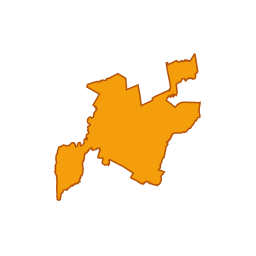 outline of Kota Tebing Tinggi, Sumatera Utara, Indonesia, rotated 30°
{"feature_id": "22746128B29639616204280", "entity_name": "Kota Tebing Tinggi", "entity_type": "district", "adm_level": 2, "iso_a3": "IDN", "parent_name": "Indonesia", "parent_adm1": "Sumatera Utara", "projection": "equal_earth", "projection_center": [99.154, 3.328], "detail": "fine", "context": "isolated", "style": "filled", "palette": "amber", "viewbox_px": 256, "rotation_deg": 30, "n_neighbors": 0, "source": "geoboundaries", "source_scale": "gbopen_adm2", "svg_char_len": 5851}
<svg xmlns="http://www.w3.org/2000/svg" viewBox="0 0 256 256"><g transform="rotate(30 128 128)"><path d="M160.2,44.3L149.2,30.7L148.5,30.8L148.4,37.5L148.3,38.7L148.1,39.2L147.6,39.4L147.1,39.1L146.6,39.5L146.4,40.0L145.6,40.5L145.1,39.9L144.9,40.3L144.3,40.0L143.6,40.6L143.7,41.3L143.1,41.2L143.2,41.7L142.9,42.3L142.7,42.3L142.5,42.8L142.1,42.7L141.8,43.0L140.9,42.8L140.4,43.5L140.5,44.1L140.3,44.5L139.3,44.7L138.8,45.6L138.1,45.4L137.6,45.8L136.7,45.9L136.1,45.4L133.9,49.1L130.8,53.2L129.6,51.6L128.6,52.6L134.4,59.7L139.0,64.8L142.1,68.4L143.4,70.3L143.7,70.3L144.8,72.0L144.6,73.8L145.5,74.7L145.2,75.4L144.8,75.5L144.3,75.1L143.4,76.5L135.8,87.1L134.1,90.0L135.4,91.7L128.3,102.0L122.1,93.9L115.1,85.7L107.7,95.5L101.2,86.1L91.9,86.0L91.4,87.1L87.0,93.8L87.0,94.0L85.9,95.1L84.8,95.9L85.3,96.7L85.4,97.0L83.8,98.7L82.8,98.8L81.6,99.8L81.6,100.2L80.9,100.2L80.8,100.9L80.6,101.0L80.3,102.5L79.5,102.3L79.1,102.7L78.6,102.7L74.9,106.3L71.2,110.6L71.9,113.0L86.3,112.9L86.3,125.5L87.4,125.5L87.5,125.9L88.7,126.2L90.1,125.6L90.2,125.8L89.9,126.1L89.9,126.8L90.2,127.0L90.9,126.9L91.1,127.0L90.9,127.2L90.9,127.5L91.9,128.3L91.5,129.0L91.4,129.8L91.2,130.2L91.3,130.7L91.0,131.4L91.6,133.6L92.5,135.3L91.9,137.4L90.0,137.2L89.2,138.0L88.8,139.1L88.8,141.0L89.7,142.6L90.7,143.6L92.1,143.9L93.2,143.6L93.7,143.9L93.8,144.2L93.7,144.8L92.5,146.7L92.8,147.6L93.5,148.1L94.0,148.9L94.1,150.2L94.6,150.6L95.8,150.9L96.4,151.9L96.3,152.8L95.7,153.6L95.5,154.5L95.6,155.4L96.1,156.4L97.4,157.0L98.4,157.9L98.5,158.5L98.2,158.7L97.4,158.6L97.3,158.2L96.8,158.0L96.4,158.2L95.9,159.6L96.0,160.4L97.6,162.9L97.6,163.4L97.2,164.5L96.9,166.2L96.5,167.0L95.9,167.0L94.6,165.6L94.4,164.7L93.3,164.8L92.9,165.2L92.5,165.7L92.4,166.3L92.8,168.2L92.8,168.9L92.7,170.0L92.2,170.4L90.6,169.3L90.4,168.7L89.8,168.5L89.7,168.2L89.1,168.2L88.7,167.8L88.2,167.9L86.9,169.0L86.5,169.5L86.1,171.6L84.8,173.6L84.0,174.0L80.9,174.9L80.2,175.4L79.4,177.2L79.0,177.5L78.6,178.3L77.7,178.9L78.1,180.7L78.3,182.7L79.3,184.4L79.2,185.2L79.6,187.9L81.6,191.9L82.3,192.1L83.2,193.4L83.2,193.7L83.8,194.9L83.7,196.7L84.2,197.7L85.1,198.6L85.1,199.4L85.4,199.8L86.2,200.1L86.4,200.6L86.2,202.1L86.6,202.5L87.2,202.5L87.9,203.7L88.6,203.8L89.2,204.7L89.9,204.9L91.6,207.5L91.8,207.5L92.4,208.3L95.9,214.8L99.1,219.9L99.7,220.4L100.7,222.9L101.2,223.2L102.5,225.3L104.4,225.1L105.1,223.6L104.2,222.4L104.2,222.0L104.4,221.7L103.8,220.6L103.6,219.7L103.3,219.3L103.2,218.8L102.8,218.5L102.9,217.9L103.5,217.1L103.6,216.7L103.7,216.2L103.3,215.0L103.5,213.8L103.7,213.4L104.8,212.6L104.9,212.1L105.3,211.8L105.7,211.8L106.1,212.3L106.5,211.5L106.2,210.8L107.5,207.8L107.4,207.4L107.8,206.3L108.8,206.2L108.8,205.3L108.4,205.1L108.7,204.7L109.0,204.8L109.1,204.3L109.9,204.2L109.8,203.6L110.0,203.4L109.9,202.8L110.3,202.4L110.9,202.5L111.3,201.3L112.0,201.3L112.1,201.1L111.9,200.8L112.1,200.4L112.4,200.6L112.4,200.1L112.4,199.1L113.2,198.9L113.1,198.3L112.2,198.1L112.1,197.0L111.6,196.4L111.4,195.6L111.6,195.3L111.9,195.3L111.7,194.6L111.3,193.9L111.1,193.1L111.9,192.2L111.5,191.1L111.5,189.8L110.7,188.8L110.5,187.7L110.2,187.4L109.5,185.7L107.7,183.7L105.9,180.6L105.7,179.6L106.0,179.5L106.1,179.0L105.5,178.2L105.8,177.8L105.3,177.2L105.3,176.3L104.3,174.0L104.3,173.5L103.9,172.9L103.9,172.4L103.5,172.3L103.5,171.6L104.2,170.7L104.2,170.1L104.7,170.0L104.5,168.5L104.6,168.1L104.9,168.8L105.1,168.5L104.9,167.0L105.2,166.8L105.1,166.3L106.1,163.6L106.5,164.1L106.9,164.3L107.0,164.0L108.3,165.1L109.1,164.0L109.5,164.0L111.2,162.1L111.6,161.4L111.4,161.1L112.0,160.6L113.9,159.6L114.1,161.2L115.1,161.2L115.4,161.6L115.0,162.1L115.1,162.7L116.6,168.7L118.8,168.1L119.7,167.4L120.5,167.2L121.4,166.7L122.9,170.7L123.4,171.4L126.4,171.7L127.3,170.9L127.7,170.9L128.3,170.1L129.2,169.8L129.8,170.0L129.9,169.4L129.5,168.6L129.5,168.3L128.9,168.2L128.8,167.6L129.3,167.3L128.2,165.7L127.7,165.8L127.8,164.7L128.1,164.5L143.3,163.8L155.1,164.4L155.1,169.5L155.5,169.4L156.3,169.8L161.5,169.3L167.6,169.7L168.3,169.1L168.4,168.5L169.4,168.8L169.6,168.2L169.4,167.7L169.6,167.6L170.5,165.0L172.1,165.0L173.2,164.3L173.7,165.2L175.4,165.0L176.3,164.6L176.2,164.4L178.4,164.4L179.9,163.7L181.0,162.8L181.8,163.4L183.1,161.1L183.3,159.6L183.0,157.3L182.5,156.1L182.3,155.3L180.8,153.8L180.8,151.2L181.4,150.5L181.1,148.3L181.4,148.2L181.4,147.8L175.6,148.9L175.9,147.3L175.3,144.7L174.0,143.9L174.4,143.2L174.3,141.5L174.1,140.1L173.6,139.3L173.1,135.8L173.9,135.7L171.0,126.8L170.5,126.3L170.6,122.1L169.8,121.8L169.8,121.1L169.6,121.0L168.6,120.8L168.5,120.1L169.0,120.1L169.7,119.3L169.4,118.0L170.0,117.5L170.0,117.0L169.5,116.5L170.1,115.5L169.7,114.8L170.0,114.0L169.9,113.7L169.4,113.1L169.4,112.7L169.7,112.5L169.5,112.0L169.7,111.5L169.5,110.3L170.4,110.0L170.9,109.5L171.5,108.3L172.6,108.0L174.9,106.7L177.2,105.1L177.4,104.3L178.5,103.6L179.0,103.6L179.7,103.1L180.6,100.8L180.7,98.0L181.6,97.8L182.1,97.3L182.4,93.3L182.7,92.1L182.5,88.2L182.8,87.4L183.5,87.5L183.2,84.7L183.6,83.8L184.8,82.8L184.4,81.9L181.2,77.9L180.2,76.2L178.1,70.7L177.6,69.8L176.7,70.7L175.9,71.2L174.4,71.8L162.4,78.4L161.6,79.4L160.6,80.2L159.1,83.3L158.3,86.6L153.7,85.7L147.5,85.0L147.0,83.3L146.9,81.9L147.2,81.9L147.3,81.0L147.6,80.7L147.4,79.7L147.7,79.4L149.6,80.0L149.7,79.6L149.1,77.8L150.2,76.5L150.3,78.3L151.9,78.2L151.8,75.7L152.5,75.5L153.4,75.7L153.3,74.1L152.6,72.5L150.2,69.0L148.0,66.4L148.3,65.1L149.1,63.7L149.2,62.9L150.1,62.5L150.6,61.6L150.6,60.9L150.4,60.3L150.6,59.5L150.6,58.1L152.4,57.0L153.1,58.0L153.3,58.0L153.6,57.5L154.2,57.4L154.6,58.2L154.8,58.0L154.6,56.7L155.0,56.1L155.1,55.2L155.4,55.1L155.3,54.4L155.9,54.1L156.8,54.2L157.1,53.6L157.9,53.7L158.2,53.0L159.2,52.8L159.5,53.2L160.3,52.9L161.0,51.8L161.1,51.2L161.3,50.9L160.8,49.5L159.6,48.4L159.4,48.0L160.2,45.6L159.8,45.3L159.9,44.7L160.2,44.3Z" fill="#f59e0b" stroke="#b45309" stroke-width="1.5"/></g></svg>